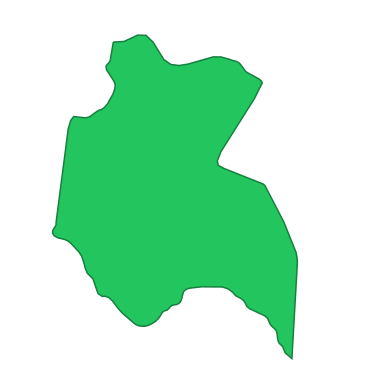 an SVG outline of Misiones, rotated 193°
{"feature_id": "PRY-609", "entity_name": "Misiones", "entity_type": "Department", "adm_level": 1, "iso_a3": "PRY", "parent_name": "Paraguay", "parent_adm1": "", "projection": "mercator", "projection_center": [-57.038, -26.955], "detail": "fine", "context": "isolated", "style": "filled", "palette": "green", "viewbox_px": 384, "rotation_deg": 193, "n_neighbors": 0, "source": "natural_earth", "source_scale": "10m", "svg_char_len": 1818}
<svg xmlns="http://www.w3.org/2000/svg" viewBox="0 0 384 384"><g transform="rotate(193 192 192)"><path d="M194.2,330.1L185.2,329.7L183.3,329.4L177.9,329.2L175.3,328.4L173.2,327.1L167.1,321.8L164.8,320.7L164.7,320.7L154.3,317.8L152.1,317.2L149.7,315.8L148.0,314.2L148.1,313.9L152.3,296.7L172.9,237.8L174.3,228.0L172.5,223.9L165.9,222.1L124.1,215.7L122.4,214.7L95.9,183.6L76.9,156.4L74.8,151.4L73.4,146.8L57.2,52.2L65.0,56.2L68.8,61.6L70.4,62.7L73.0,64.2L74.4,66.0L75.6,68.4L77.2,73.0L78.0,74.8L79.6,76.6L85.4,80.0L86.9,81.7L88.4,83.9L90.1,86.0L93.2,87.7L109.9,91.3L113.0,93.0L114.5,95.1L116.9,97.5L120.1,99.2L126.2,100.8L129.9,103.5L134.9,105.7L141.0,106.3L161.3,101.8L173.1,97.6L176.1,95.6L177.7,93.1L178.0,90.2L178.0,86.2L178.4,82.8L179.7,80.5L181.6,78.9L185.0,77.6L186.6,76.2L187.5,75.2L187.9,74.0L188.7,72.7L189.9,71.1L192.3,69.9L193.5,68.5L194.3,66.6L195.0,64.3L196.3,61.1L198.4,57.8L201.1,55.0L204.7,52.1L206.1,51.4L207.8,50.6L210.2,50.0L212.6,49.7L214.8,49.8L216.8,50.2L218.4,50.8L232.1,58.0L237.0,61.3L244.6,67.7L248.9,70.3L253.2,70.9L255.9,70.1L258.8,71.1L260.8,72.0L269.0,85.1L275.7,89.3L277.0,91.0L279.1,94.1L280.9,97.8L285.1,104.7L288.9,108.3L298.7,114.9L302.1,116.4L305.4,117.1L312.7,117.2L316.6,118.4L318.6,120.6L319.0,122.8L318.5,125.0L317.5,127.7L317.2,129.0L317.1,129.6L317.6,131.8L326.8,225.6L326.3,234.5L324.2,238.9L312.5,240.3L310.9,241.0L308.7,242.3L302.8,249.1L300.8,250.9L298.6,252.1L296.3,254.8L294.2,258.8L291.1,269.4L290.4,275.0L290.9,279.2L292.3,281.4L293.9,283.3L301.9,291.0L303.1,292.5L303.9,294.5L303.9,295.9L303.1,297.5L302.4,298.6L301.5,300.6L301.3,302.1L302.4,320.3L302.5,320.3L292.1,323.4L280.3,332.6L271.9,334.3L271.8,334.2L263.5,329.1L249.3,314.8L241.3,311.5L241.2,311.5L232.8,312.4L224.5,315.8L201.8,328.4L194.2,330.1Z" fill="#22c55e" stroke="#15803d" stroke-width="1.5"/></g></svg>